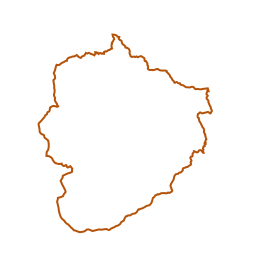 outline of San Jerónimo, Antioquia, Colombia, rotated 166°
{"feature_id": "7082276B34132684574045", "entity_name": "San Jerónimo", "entity_type": "district", "adm_level": 2, "iso_a3": "COL", "parent_name": "Colombia", "parent_adm1": "Antioquia", "projection": "mercator", "projection_center": [-75.715, 6.435], "detail": "fine", "context": "isolated", "style": "outline", "palette": "amber", "viewbox_px": 256, "rotation_deg": 166, "n_neighbors": 0, "source": "geoboundaries", "source_scale": "gbopen_adm2", "svg_char_len": 5757}
<svg xmlns="http://www.w3.org/2000/svg" viewBox="0 0 256 256"><g transform="rotate(166 128 128)"><path d="M41.0,147.2L44.9,147.7L48.1,147.9L49.6,148.4L51.0,149.1L52.6,149.2L53.4,149.5L54.1,151.1L54.6,151.8L55.5,152.4L56.7,152.6L57.9,152.4L58.8,152.5L59.5,152.9L61.0,153.2L61.8,153.6L62.8,154.5L63.9,155.9L66.4,157.3L66.8,157.8L66.7,158.7L66.9,158.8L68.6,159.4L69.2,160.5L69.5,160.7L70.1,160.9L71.5,160.5L72.0,160.8L72.4,162.6L73.5,164.3L73.6,165.9L74.7,167.7L74.6,168.7L75.4,170.7L76.9,173.0L76.6,173.7L76.9,174.2L78.7,175.0L80.5,175.3L82.7,176.1L83.7,176.7L84.4,177.7L85.0,178.1L85.7,178.2L88.5,178.0L89.9,178.1L90.7,178.6L92.8,179.0L94.0,179.7L94.4,180.9L93.5,183.2L94.0,184.3L93.9,184.8L93.6,185.3L93.7,186.7L94.1,187.3L94.2,188.2L94.4,188.6L95.4,188.9L95.6,189.2L95.2,191.7L97.8,194.5L99.6,194.6L101.1,194.3L101.3,194.3L102.5,195.4L103.8,195.1L104.4,195.4L104.7,195.8L105.9,196.0L106.9,195.9L107.6,196.4L108.1,197.1L108.1,198.3L108.3,199.0L108.4,200.4L107.7,202.0L107.8,203.5L108.0,204.4L109.3,205.9L110.0,206.1L111.0,206.7L111.0,207.1L110.8,207.4L110.8,207.9L112.2,209.9L112.7,210.3L113.0,211.0L113.3,211.9L113.2,214.0L113.8,214.9L114.6,215.3L115.1,216.1L115.4,216.7L115.3,217.2L114.7,217.7L114.4,218.5L116.2,219.2L116.7,220.5L117.1,220.9L118.5,221.7L120.4,222.4L120.5,220.5L120.4,219.7L119.9,219.0L119.9,217.5L120.9,216.7L121.5,215.8L123.0,214.6L122.8,214.2L123.5,213.4L123.6,212.7L124.2,211.7L124.3,209.5L124.7,209.3L124.5,208.9L125.2,208.8L125.3,209.0L127.1,208.2L128.3,208.3L129.3,207.8L130.5,207.4L131.5,207.9L131.9,207.6L132.4,207.7L133.1,207.3L133.2,207.1L133.1,206.8L133.2,206.4L134.0,206.6L134.6,206.6L134.4,206.2L134.9,206.4L135.8,206.5L136.5,207.4L136.9,207.5L138.2,207.3L138.5,207.0L138.7,207.4L139.4,207.7L139.2,208.3L139.8,208.5L140.3,209.1L141.5,209.5L141.6,208.3L141.9,207.4L142.6,207.3L143.2,206.7L143.8,207.4L144.7,207.9L145.5,208.7L146.1,208.8L147.4,210.1L148.3,210.5L149.3,210.1L150.1,210.4L150.7,211.0L151.1,210.5L152.0,209.8L152.7,208.9L155.4,208.5L156.9,207.4L158.4,208.6L159.2,209.5L159.5,210.5L160.1,211.2L161.4,210.7L161.9,210.8L162.5,210.4L164.8,210.8L166.3,210.5L168.0,210.6L168.4,210.4L169.4,210.2L169.8,210.0L170.5,209.1L171.0,208.0L171.8,208.3L175.1,207.3L176.1,207.3L179.5,205.8L180.9,206.0L182.0,206.6L183.3,204.7L184.9,201.6L186.7,199.3L186.8,199.1L186.3,196.7L186.5,194.5L186.7,194.0L187.3,193.3L188.8,192.5L189.0,191.5L189.4,186.3L190.0,184.7L189.9,182.8L190.6,180.5L191.9,177.9L191.9,176.9L191.5,174.9L191.6,174.4L192.2,173.3L192.2,173.0L192.2,171.7L191.2,168.9L191.0,166.9L190.5,166.0L191.3,165.7L191.9,165.8L194.2,167.2L195.3,167.5L197.7,167.1L198.8,166.5L199.6,164.3L200.2,163.4L200.5,163.1L202.0,162.9L202.7,162.2L203.3,161.0L205.1,160.4L206.3,158.9L211.4,155.3L212.8,154.6L213.6,153.9L213.9,153.4L214.1,148.2L214.6,146.0L214.4,144.7L213.3,142.9L211.6,141.8L211.3,141.5L211.3,138.9L210.9,138.3L209.9,137.1L208.4,135.1L208.6,134.6L208.6,132.6L209.2,129.8L209.9,127.8L210.8,126.1L212.6,124.4L213.3,122.8L213.4,121.7L213.9,120.7L211.6,119.8L209.8,118.2L209.0,116.9L208.7,115.2L208.1,113.3L207.1,111.7L204.9,110.3L203.2,109.6L201.0,109.5L200.9,108.3L199.7,106.7L198.9,106.6L197.1,107.1L196.8,106.7L196.7,105.2L196.2,104.3L195.2,104.3L193.2,104.9L191.9,102.0L192.4,101.1L192.8,99.1L194.3,98.6L196.2,98.6L199.3,98.2L202.8,97.4L203.5,95.6L206.1,93.1L205.6,89.5L204.0,83.0L204.0,81.0L206.2,79.3L207.7,77.5L210.2,77.2L212.9,77.2L213.5,75.5L214.6,73.8L214.7,67.4L215.1,64.2L215.1,61.5L214.8,58.1L214.1,56.1L212.0,53.0L211.9,52.2L211.0,50.7L210.5,49.9L209.8,49.4L208.4,47.3L207.5,45.4L206.2,43.7L205.3,41.9L203.7,41.1L200.8,39.0L199.6,38.5L196.1,38.2L194.3,38.6L192.3,39.4L191.5,39.3L190.3,38.9L187.6,36.8L186.8,36.6L180.7,36.6L178.5,35.8L174.1,35.3L173.2,35.1L171.7,33.8L171.1,33.6L170.5,33.7L168.7,34.5L166.8,34.9L165.4,35.0L163.5,35.7L160.8,35.9L158.8,36.8L157.2,38.4L154.4,39.2L153.5,40.7L151.6,42.7L151.3,42.8L150.1,42.7L149.6,43.1L148.7,43.1L147.0,42.7L144.4,43.6L142.6,43.4L141.6,43.5L139.9,44.2L137.7,46.5L137.4,46.5L136.7,46.2L136.0,46.5L133.4,46.6L130.9,47.2L129.0,47.9L125.7,47.9L123.4,49.6L122.0,51.8L120.8,54.0L119.1,54.8L117.7,56.1L116.6,56.1L115.4,56.6L115.1,56.6L114.7,56.1L112.7,56.3L111.7,56.7L108.9,56.2L107.3,55.6L106.8,55.3L105.5,55.4L105.0,55.7L104.7,55.7L103.6,55.0L102.0,55.3L101.3,55.7L100.8,55.8L100.4,56.2L100.1,56.8L100.6,58.1L100.4,58.9L100.7,60.2L100.7,62.0L100.1,62.8L99.8,63.3L96.2,67.0L94.8,69.9L93.0,71.5L90.3,71.5L89.4,72.2L88.9,72.3L87.3,72.1L86.1,73.0L85.1,73.6L84.8,74.9L84.1,75.6L83.1,75.7L82.1,75.6L81.1,76.0L79.7,75.8L77.4,76.8L76.2,77.0L75.5,77.7L75.5,79.7L75.1,80.2L74.5,80.5L74.3,80.9L74.8,83.8L74.6,84.4L73.9,84.9L72.5,84.9L72.1,85.3L71.5,87.6L70.3,88.3L69.9,88.8L69.7,89.5L68.7,89.0L67.5,87.9L66.5,87.6L66.0,87.7L64.7,88.9L63.8,89.1L62.7,88.9L62.2,88.3L61.3,86.0L60.7,85.7L60.7,87.6L60.0,89.1L60.3,89.8L59.8,90.8L59.3,91.7L59.1,91.9L58.7,91.9L58.2,91.7L57.9,91.8L57.6,93.9L57.3,93.9L56.9,93.6L56.5,93.7L56.5,94.1L57.1,95.2L57.0,95.5L56.8,95.6L56.4,95.3L56.2,95.3L56.2,96.1L55.9,96.8L55.5,97.4L55.2,98.0L54.7,98.1L54.9,101.3L54.9,101.8L54.6,102.4L55.0,103.2L54.8,103.8L55.3,105.5L55.1,105.8L55.1,106.5L54.6,107.4L54.6,108.0L54.8,109.6L55.4,110.4L56.4,115.5L56.7,116.4L57.0,116.7L57.1,117.5L57.1,119.8L56.8,120.3L57.3,120.7L57.5,121.1L57.7,121.8L57.7,122.6L56.8,124.6L56.0,124.7L54.8,125.6L54.5,125.7L54.0,125.6L52.7,124.3L52.2,124.2L50.1,124.3L49.8,124.1L47.5,124.3L46.6,124.2L45.8,123.7L45.5,123.1L44.9,122.6L44.7,122.2L44.4,122.2L42.5,124.2L42.4,124.5L42.6,125.0L42.6,125.9L42.9,126.9L42.7,128.7L43.1,129.3L43.2,130.5L43.5,131.2L43.4,131.8L43.8,133.7L43.3,134.5L43.7,135.9L44.5,137.1L44.5,138.3L44.3,138.8L43.0,139.7L42.8,140.0L43.7,141.8L43.2,143.0L42.2,144.2L41.3,143.7L41.9,144.4L41.9,144.7L40.9,144.3L41.0,147.2Z" fill="none" stroke="#b45309" stroke-width="2"/></g></svg>